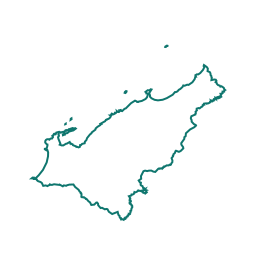 the district of Pathio, Chumphon, Thailand, rotated 210°
{"feature_id": "78962969B3300924250293", "entity_name": "Pathio", "entity_type": "district", "adm_level": 2, "iso_a3": "THA", "parent_name": "Thailand", "parent_adm1": "Chumphon", "projection": "mercator", "projection_center": [99.321, 10.773], "detail": "fine", "context": "isolated", "style": "outline", "palette": "teal", "viewbox_px": 256, "rotation_deg": 210, "n_neighbors": 0, "source": "geoboundaries", "source_scale": "gbopen_adm2", "svg_char_len": 5695}
<svg xmlns="http://www.w3.org/2000/svg" viewBox="0 0 256 256"><g transform="rotate(210 128 128)"><path d="M85.8,46.3L85.9,47.9L85.3,47.6L84.9,47.9L85.2,48.4L84.6,49.5L85.0,49.9L84.7,50.8L84.2,51.1L84.5,52.1L84.0,52.3L84.1,53.3L83.5,54.1L84.2,54.4L83.7,54.8L83.5,55.9L84.5,57.4L83.9,58.0L84.8,60.2L84.6,61.3L85.3,62.6L86.0,63.0L86.3,62.7L87.3,63.6L88.6,63.3L89.0,63.6L89.3,64.1L88.7,65.7L89.1,66.3L89.6,66.6L90.4,66.1L91.0,67.4L90.9,68.3L93.1,69.4L91.4,71.2L91.7,72.2L90.8,72.6L90.0,73.7L90.4,75.7L89.6,75.7L88.4,77.3L88.0,79.0L87.3,78.9L86.4,79.6L85.7,79.6L84.6,80.8L84.4,80.8L84.7,80.5L84.5,80.1L83.8,79.8L82.9,80.0L82.3,79.5L81.1,80.3L80.3,79.9L79.6,81.7L80.4,82.0L80.7,82.7L81.6,82.7L81.1,83.3L82.6,83.1L82.6,83.7L82.9,83.2L83.5,83.7L83.7,83.1L84.0,83.4L84.3,83.1L86.3,84.9L88.1,84.8L88.7,85.1L89.5,87.1L90.5,86.8L92.5,87.9L91.2,90.6L92.7,92.8L93.0,98.3L91.9,99.6L89.8,100.3L88.6,101.5L86.5,102.8L84.3,102.9L82.4,103.6L81.4,107.8L80.9,108.5L80.4,108.4L79.8,109.2L79.2,109.3L78.2,110.6L77.9,110.3L77.7,110.9L78.0,111.4L77.3,112.1L77.5,112.8L76.6,113.3L75.9,114.9L74.0,116.0L73.7,117.0L72.7,117.3L72.5,117.9L72.8,118.9L72.5,120.5L73.3,122.1L75.2,123.7L74.8,126.0L75.3,126.5L75.1,127.2L75.5,128.0L74.9,129.8L75.3,131.6L75.1,132.3L72.0,132.8L70.9,134.4L69.9,138.0L70.7,139.0L73.5,140.3L74.3,141.5L73.8,146.7L74.6,148.2L74.0,149.7L75.2,152.4L73.5,157.8L71.0,161.8L70.3,164.1L70.9,164.5L72.8,164.3L76.0,165.3L77.0,166.8L78.2,167.5L78.6,168.2L79.0,169.9L76.4,173.4L76.8,173.9L76.7,174.9L77.6,175.8L77.2,177.6L77.5,177.7L78.2,179.1L76.8,180.6L75.8,180.8L74.9,183.2L74.5,183.5L74.3,184.5L74.7,185.2L74.0,185.9L74.4,186.0L74.4,187.1L72.5,188.5L71.9,188.4L71.5,189.1L70.7,189.6L69.8,191.1L70.1,191.9L68.8,192.8L69.4,193.2L68.8,193.2L68.8,193.8L68.3,193.7L67.5,194.4L68.0,195.7L67.3,195.8L67.5,196.4L67.0,196.9L67.3,197.4L66.8,197.3L67.1,197.6L66.8,197.6L66.8,198.3L66.1,198.2L66.0,198.6L65.7,198.4L65.1,199.0L64.8,198.7L63.6,200.1L63.7,200.8L64.1,200.8L63.5,201.2L64.0,201.5L63.4,201.9L63.9,202.1L63.9,203.0L64.6,203.6L64.2,203.7L63.8,204.7L64.1,204.9L63.5,205.6L64.3,206.8L62.9,207.6L63.4,208.7L62.9,209.5L64.2,209.8L65.2,210.7L67.9,210.9L68.7,210.0L69.7,210.6L71.4,210.2L73.2,210.7L73.8,211.4L75.1,211.5L74.9,213.0L76.1,213.7L77.6,213.1L79.7,211.2L80.6,213.5L81.1,213.7L81.8,214.7L82.8,215.0L84.0,216.6L85.1,217.3L87.5,217.0L88.6,219.4L90.3,220.2L93.7,220.5L93.5,219.5L92.6,219.3L92.3,218.7L92.1,215.9L92.9,211.7L94.0,209.5L95.1,209.0L96.0,207.4L94.9,206.5L95.4,206.3L94.7,203.6L95.1,199.8L97.1,195.6L98.4,195.1L100.1,192.9L101.4,192.5L101.3,190.9L102.2,188.0L103.1,186.5L103.5,184.4L104.5,183.0L105.3,182.6L105.9,179.2L109.3,173.3L112.1,169.8L115.9,166.9L119.1,165.7L122.5,165.5L124.6,166.1L125.3,167.3L127.1,168.8L126.9,173.1L127.7,172.9L128.3,171.2L129.8,170.6L130.9,168.0L129.9,167.8L129.4,167.1L128.1,167.7L127.5,167.0L126.9,164.1L127.3,161.9L129.6,158.3L131.9,156.3L132.0,155.8L133.1,155.1L133.6,155.4L135.6,155.2L137.8,151.0L139.7,143.9L140.6,142.9L141.5,139.7L142.7,139.3L143.3,140.0L143.7,139.7L143.7,139.3L144.2,139.0L143.7,138.7L143.8,137.4L144.2,137.1L144.7,137.4L145.2,136.9L145.9,137.0L145.4,136.5L146.0,135.7L146.2,134.8L147.0,134.6L146.9,133.9L146.6,133.9L147.4,132.6L148.3,131.9L148.8,132.4L149.3,132.3L149.3,131.3L148.8,131.1L148.8,130.6L149.7,130.0L149.1,129.9L148.7,129.1L148.8,127.8L149.4,126.2L150.5,125.1L150.5,124.5L151.2,124.0L151.2,122.5L153.6,118.5L153.1,118.2L153.9,117.6L153.4,117.3L153.5,116.6L155.0,113.8L155.8,111.4L155.4,110.3L157.2,106.0L157.0,105.1L157.7,103.5L158.4,98.9L158.0,96.6L158.5,94.7L157.9,93.1L159.8,91.3L160.2,89.6L160.9,89.3L160.3,87.5L161.1,86.5L163.0,86.2L163.3,85.8L163.8,86.1L167.1,85.6L167.9,86.2L169.1,85.9L170.4,86.2L170.4,85.9L171.5,86.7L173.2,83.8L173.8,83.4L175.3,80.6L176.6,79.8L178.8,79.4L178.8,80.7L182.7,83.7L184.0,85.1L183.8,86.3L184.2,87.2L184.9,87.4L185.5,89.0L185.1,89.9L183.9,90.3L183.8,90.8L185.1,90.2L185.7,90.3L187.8,88.2L187.5,86.4L187.8,86.1L188.5,86.5L189.2,85.9L189.1,84.8L189.5,83.6L189.0,83.6L189.0,82.9L188.4,82.5L188.6,80.8L189.3,80.6L190.1,79.5L190.2,78.6L191.6,78.4L192.6,77.6L193.1,76.6L193.1,75.3L192.4,74.0L190.0,73.2L189.5,73.4L189.0,72.6L188.2,69.6L189.6,68.4L189.4,68.0L187.7,67.9L187.5,68.7L186.9,68.7L185.0,67.0L183.1,63.5L181.2,57.5L180.7,49.2L181.7,42.4L182.7,38.8L184.2,37.2L184.9,37.1L185.0,37.8L185.8,37.4L186.2,36.3L185.2,36.9L184.3,36.6L182.5,37.6L181.2,37.8L180.6,37.2L179.3,37.0L176.7,37.5L175.1,37.3L172.5,35.5L170.6,37.1L168.6,37.5L168.2,38.6L167.4,39.3L167.4,40.1L166.9,40.0L165.4,40.7L163.9,42.3L158.8,44.5L158.8,44.8L155.3,44.9L154.9,46.2L152.6,47.1L152.2,47.9L150.4,49.7L147.0,51.8L144.3,50.5L139.9,49.8L138.2,48.8L136.6,48.5L136.3,47.8L135.6,47.9L134.9,47.0L134.0,45.2L133.9,44.3L133.6,45.1L131.8,45.6L131.6,46.0L129.2,45.8L129.0,45.5L128.4,45.8L125.6,44.8L123.7,44.6L121.3,43.0L118.9,44.8L118.2,47.5L117.6,48.0L116.1,47.5L115.2,46.2L111.7,45.0L110.6,45.9L107.4,46.0L106.4,47.0L105.2,47.4L102.7,45.9L98.7,45.6L95.0,50.2L92.9,48.0L91.4,47.7L90.9,46.8L88.6,45.6L88.5,46.0L88.2,45.7L88.1,46.1L85.8,46.3ZM181.2,91.9L179.5,91.3L179.6,91.9L178.0,93.2L177.2,95.5L174.1,98.6L172.9,101.4L173.6,101.5L175.3,99.8L175.4,100.4L175.9,100.3L176.8,99.3L176.9,98.3L177.5,98.5L178.1,97.8L177.7,97.1L178.6,97.3L179.1,95.8L180.0,95.6L180.1,95.1L180.3,95.3L181.0,94.8L181.2,93.2L182.5,92.0L181.9,91.7L181.2,91.9ZM148.2,159.0L148.7,157.7L148.5,156.8L147.7,157.0L147.4,158.3L147.6,159.1L148.2,159.0ZM134.1,219.2L135.5,218.8L136.4,217.2L136.3,216.8L135.8,217.0L135.3,218.5L134.1,219.2ZM181.8,108.1L182.2,107.4L181.8,106.4L181.3,107.4L181.8,108.1ZM181.1,89.7L180.7,89.2L180.2,89.8L180.4,90.0L181.1,89.7ZM184.1,100.6L184.3,100.3L184.2,99.9L183.9,100.2L184.1,100.6Z" fill="none" stroke="#0f766e" stroke-width="2"/></g></svg>